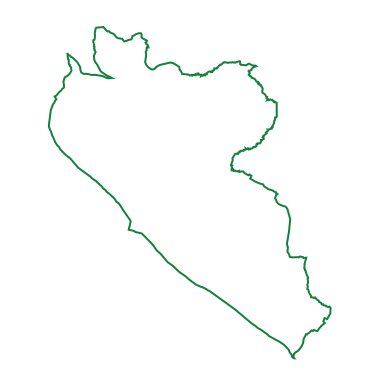 Kaeng Khro, Chaiyaphum, Thailand, rotated 95°
{"feature_id": "78962969B55308089725045", "entity_name": "Kaeng Khro", "entity_type": "district", "adm_level": 2, "iso_a3": "THA", "parent_name": "Thailand", "parent_adm1": "Chaiyaphum", "projection": "natural_earth1", "projection_center": [102.171, 16.134], "detail": "fine", "context": "isolated", "style": "outline", "palette": "green", "viewbox_px": 384, "rotation_deg": 95, "n_neighbors": 0, "source": "geoboundaries", "source_scale": "gbopen_adm2", "svg_char_len": 5847}
<svg xmlns="http://www.w3.org/2000/svg" viewBox="0 0 384 384"><g transform="rotate(95 192 192)"><path d="M295.3,43.9L294.2,45.1L294.7,46.0L294.2,48.4L293.6,48.6L293.3,51.1L292.4,51.7L292.7,52.3L292.6,53.0L291.1,53.7L290.4,56.0L289.1,56.4L288.3,58.2L286.3,60.2L287.1,61.3L286.4,62.6L286.5,64.2L285.2,64.3L282.3,66.5L279.3,67.6L278.6,68.7L275.8,68.4L274.7,69.0L271.6,68.5L267.9,69.3L267.4,68.8L263.9,70.8L260.0,72.2L260.0,72.6L258.8,72.8L258.5,73.4L253.6,73.6L247.5,72.4L248.0,75.2L247.3,75.6L246.8,78.8L247.9,80.2L247.7,80.9L248.4,86.5L248.1,88.9L245.4,89.9L243.4,91.7L239.2,91.6L235.5,92.9L222.3,91.9L210.5,91.8L200.3,95.6L198.4,97.6L197.9,100.4L196.4,104.8L194.3,106.9L192.8,107.4L191.1,108.7L188.0,108.0L186.6,106.7L185.9,108.1L185.0,108.1L184.3,110.6L183.4,111.8L182.5,116.3L179.8,120.9L178.2,121.8L177.8,124.6L176.3,129.5L173.6,135.2L170.7,134.2L169.6,136.5L170.4,137.1L170.3,137.6L168.6,141.3L167.1,142.7L167.2,144.7L167.5,145.8L167.9,146.1L167.8,146.6L167.2,146.8L167.6,147.1L167.1,147.6L167.6,148.8L167.4,149.3L167.4,150.7L167.0,151.0L167.4,152.2L167.0,152.4L167.0,153.2L166.2,152.6L165.7,153.0L166.2,154.5L163.9,154.3L162.3,155.3L161.9,154.6L161.4,155.5L157.1,154.2L154.6,154.6L151.3,152.8L150.8,152.8L150.0,151.7L150.1,150.0L149.7,150.2L148.5,148.3L148.1,148.7L147.6,148.4L147.1,146.9L146.6,146.7L146.5,144.3L145.6,144.2L145.3,142.7L144.6,142.1L144.0,142.3L144.6,141.4L144.0,140.6L144.4,139.9L143.7,139.9L143.9,138.6L144.5,138.7L144.4,137.8L143.7,137.5L143.5,136.2L142.8,135.3L141.8,134.8L141.5,134.0L141.8,133.4L140.8,131.9L139.7,132.1L139.0,131.3L138.5,131.7L137.9,131.2L137.5,128.3L136.2,127.7L134.7,127.8L134.9,127.4L134.1,127.1L134.2,126.7L133.5,126.2L133.1,125.2L131.7,125.4L131.3,126.2L131.0,125.9L130.3,126.1L129.9,125.9L129.8,125.2L128.8,124.8L127.3,122.8L126.4,123.5L124.9,121.9L123.9,122.1L124.1,121.8L123.4,121.6L123.5,121.3L122.7,120.5L122.2,118.9L122.0,119.2L120.6,118.3L121.2,118.0L120.9,117.4L119.8,117.3L119.7,117.6L116.0,116.2L115.4,116.5L114.2,116.0L113.7,116.2L112.8,115.6L110.6,115.7L110.3,114.6L109.6,114.1L95.8,115.4L95.2,116.4L95.4,117.4L95.0,117.6L95.2,118.0L94.7,118.1L94.7,118.6L93.9,119.0L93.9,119.6L93.3,120.0L93.5,120.5L92.9,122.1L93.9,123.4L93.7,124.0L93.3,123.8L93.1,124.0L93.8,125.1L92.8,124.7L91.9,125.9L90.8,125.6L90.8,126.3L88.6,127.5L86.8,130.6L85.1,130.8L83.1,130.5L81.4,131.4L80.3,132.7L79.7,132.5L79.1,133.3L79.4,133.6L78.5,134.4L78.7,134.8L78.0,134.8L78.1,135.6L76.8,135.6L77.1,136.4L76.4,136.9L76.3,137.5L74.3,138.9L73.3,140.7L73.0,142.7L71.8,143.0L71.4,144.3L71.0,144.4L70.9,145.1L70.2,145.8L68.6,144.8L66.6,146.2L66.1,145.7L66.2,145.0L65.3,143.4L64.2,143.3L63.4,142.8L61.7,140.5L61.2,138.8L60.6,139.5L60.6,142.9L59.3,146.0L59.4,147.0L60.8,148.8L61.1,150.0L61.0,154.4L60.5,155.1L59.5,155.1L57.7,155.6L57.6,156.3L58.7,159.2L59.3,159.8L59.2,160.9L59.5,161.4L59.1,162.8L59.6,164.0L59.7,166.2L60.2,167.2L59.8,170.8L60.3,171.4L60.2,172.0L61.9,173.2L62.5,174.6L62.8,174.5L63.8,176.1L66.5,177.8L66.3,178.3L67.0,178.7L66.9,180.5L68.5,180.6L68.9,180.8L69.3,182.0L69.6,181.7L70.8,182.3L70.9,183.7L70.3,184.3L70.4,185.4L71.6,187.0L72.1,187.2L72.4,187.9L73.2,188.2L73.6,187.8L73.9,188.9L74.8,189.3L74.7,190.3L74.1,190.4L75.3,191.6L75.0,192.4L75.6,193.1L74.4,193.0L74.6,195.5L73.4,195.8L73.2,196.2L73.5,196.7L74.4,196.6L74.8,197.8L74.7,198.4L75.5,198.6L75.4,199.4L74.7,199.3L75.4,200.3L75.3,201.5L76.1,202.0L75.4,202.8L76.1,204.3L75.3,205.6L75.3,212.0L73.6,212.9L70.8,215.2L68.9,215.4L68.2,216.0L65.3,221.9L64.9,224.9L68.3,235.2L70.0,237.9L72.8,240.2L73.3,241.5L73.4,242.9L72.5,244.8L71.0,247.0L69.6,248.4L66.7,250.0L59.5,249.6L56.1,250.3L54.7,249.5L53.5,249.8L52.6,249.6L52.1,248.6L51.7,249.5L51.3,249.3L51.2,248.4L50.6,248.3L49.2,249.2L48.1,250.9L47.4,251.3L46.3,250.3L45.3,250.0L43.3,254.4L42.6,255.4L41.8,256.0L39.8,255.7L38.4,256.7L38.4,258.5L39.9,262.1L41.3,263.5L41.9,264.9L44.4,265.3L45.3,265.8L45.9,268.1L47.2,270.5L47.9,272.5L47.6,273.1L45.5,274.8L45.2,279.4L44.0,281.4L42.8,282.2L41.2,284.1L40.5,286.9L39.1,288.8L39.4,290.3L35.4,294.6L36.7,301.7L37.8,302.3L42.8,302.7L44.9,302.1L48.6,302.4L49.1,302.7L49.5,303.6L51.5,303.4L53.7,302.2L55.3,302.4L55.9,301.7L57.5,302.2L58.5,301.3L59.2,301.5L60.8,300.2L64.9,301.6L68.5,301.0L70.7,299.9L73.8,297.3L79.9,293.3L83.0,287.8L85.5,281.7L86.0,285.5L85.7,287.3L84.4,290.9L83.8,297.0L83.7,298.9L84.2,301.7L83.6,305.5L83.5,308.4L84.0,309.6L83.3,311.3L82.7,312.6L80.5,313.7L77.4,314.3L72.6,317.6L68.5,322.8L67.7,324.7L66.8,325.4L66.3,326.9L64.6,328.5L66.7,327.7L68.3,327.6L69.1,327.1L70.3,327.1L70.9,326.5L72.8,326.0L74.2,326.1L75.6,325.5L76.1,324.6L76.8,324.8L77.4,324.4L78.4,323.4L81.6,322.6L85.5,324.5L87.8,327.0L88.4,328.3L89.8,329.1L93.8,329.7L96.6,328.8L99.1,328.7L100.7,330.3L102.3,331.2L104.0,332.9L108.2,336.0L108.8,337.2L111.4,335.2L112.9,336.3L114.9,336.9L116.9,338.2L123.0,339.8L137.3,340.4L139.4,340.2L141.7,339.2L144.4,337.6L148.1,336.1L149.8,334.9L154.3,332.6L157.0,330.5L158.8,328.4L160.9,327.0L165.8,321.4L169.3,316.1L177.7,307.5L185.8,294.2L187.0,293.0L189.3,288.9L194.6,282.1L196.1,280.9L197.8,278.1L198.9,277.5L201.0,274.2L204.1,270.2L205.8,268.3L208.4,266.4L209.3,264.5L210.5,263.2L217.0,258.2L225.9,250.8L226.7,250.5L235.1,251.8L235.8,246.5L236.8,244.8L237.7,238.4L246.3,228.3L249.0,225.5L253.2,222.2L256.1,218.1L264.0,210.2L267.2,204.6L272.6,198.0L276.6,191.0L279.8,186.6L283.8,180.1L285.6,175.1L285.9,173.4L287.5,169.3L288.7,167.4L288.9,166.3L304.9,139.4L318.0,120.7L319.9,117.0L321.4,115.3L323.6,110.6L327.2,104.6L328.7,102.9L333.9,91.1L336.4,86.7L340.7,81.9L343.5,80.5L345.6,78.5L347.1,78.1L348.5,76.8L348.6,75.8L348.0,76.4L346.8,76.6L344.3,76.2L343.1,75.3L341.0,72.6L338.3,70.6L335.6,69.2L333.0,68.2L328.5,67.9L323.6,65.9L323.8,65.0L319.5,60.6L320.0,59.4L318.7,58.5L319.3,57.3L319.5,54.8L317.0,53.5L314.0,51.4L311.0,48.4L309.5,49.9L306.1,48.9L306.7,46.2L300.9,43.6L295.3,43.9Z" fill="none" stroke="#15803d" stroke-width="2"/></g></svg>